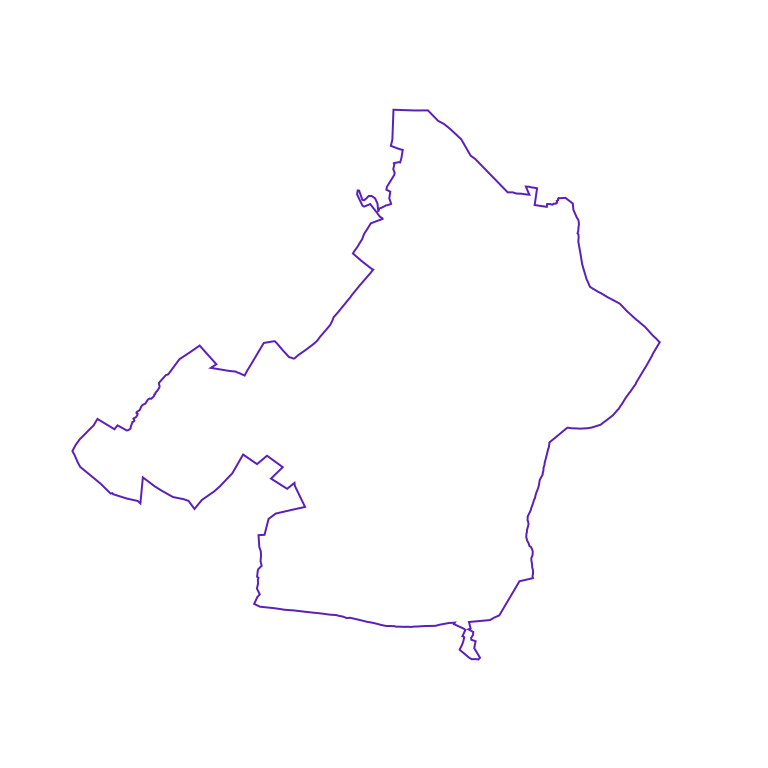 Chapultenango, Chiapas, Mexico, rotated 302°
{"feature_id": "50627088B46214146316575", "entity_name": "Chapultenango", "entity_type": "district", "adm_level": 2, "iso_a3": "MEX", "parent_name": "Mexico", "parent_adm1": "Chiapas", "projection": "albers", "projection_center": [-93.139, 17.336], "detail": "fine", "context": "isolated", "style": "outline", "palette": "violet", "viewbox_px": 768, "rotation_deg": 302, "n_neighbors": 0, "source": "geoboundaries", "source_scale": "gbopen_adm2", "svg_char_len": 6166}
<svg xmlns="http://www.w3.org/2000/svg" viewBox="0 0 768 768"><g transform="rotate(302 384 384)"><path d="M432.9,558.9L443.3,562.3L444.3,562.9L445.9,566.6L446.9,568.3L449.3,572.5L449.7,573.5L452.5,577.4L453.9,579.5L457.2,583.3L464.4,589.4L467.2,590.3L471.1,591.9L478.7,594.7L485.7,595.8L487.2,596.2L491.2,596.2L492.3,596.4L499.4,596.3L506.3,596.7L507.3,596.9L515.2,597.3L517.0,597.5L519.4,597.1L539.4,596.8L550.2,596.3L551.8,596.0L565.6,595.7L565.8,594.3L566.6,591.4L567.6,586.1L570.8,574.9L571.4,570.3L572.0,567.0L572.2,564.1L574.4,552.0L577.1,541.2L576.1,527.6L576.0,519.6L575.7,517.6L575.5,510.1L575.6,507.1L579.3,501.7L579.9,500.6L589.4,489.9L590.7,488.5L597.2,482.8L608.0,473.1L611.5,471.4L613.9,469.6L614.3,468.3L616.8,467.6L619.6,466.1L623.1,464.5L625.8,462.2L626.4,461.4L627.2,459.5L632.1,452.3L637.1,448.5L638.0,439.2L634.5,434.4L634.4,433.6L633.6,433.4L632.0,434.2L630.8,433.5L630.1,434.4L629.0,434.6L628.6,434.6L628.5,434.1L627.6,433.6L626.7,432.2L625.6,432.1L625.4,431.9L624.8,430.5L624.7,429.7L623.1,427.0L620.5,428.2L615.6,416.9L620.0,415.0L631.1,410.1L629.7,406.6L629.0,405.2L628.3,402.8L626.6,399.7L621.5,407.0L620.6,405.2L618.1,399.5L615.8,395.6L614.7,391.5L612.1,387.3L623.2,342.0L623.5,336.6L632.5,319.7L635.5,304.0L636.3,296.8L635.8,290.6L639.3,276.3L631.9,264.5L621.6,246.7L595.7,261.6L589.6,263.6L590.8,269.9L592.0,274.8L592.4,275.9L585.2,278.9L580.5,280.3L580.2,279.3L578.8,277.8L576.7,275.4L576.4,275.3L575.3,276.6L571.1,278.0L568.9,281.0L566.9,281.9L552.6,282.0L550.0,283.1L550.2,284.4L550.4,287.4L548.7,288.2L544.2,290.1L541.6,293.4L540.4,294.6L537.0,291.7L536.7,291.2L536.1,290.8L535.7,290.6L532.6,288.8L530.4,287.1L530.1,287.0L527.1,287.9L533.6,282.8L536.7,278.1L536.9,273.9L535.3,271.4L533.4,270.9L532.5,270.8L529.3,269.8L528.7,268.1L534.8,260.4L534.2,259.1L530.5,260.7L523.8,271.3L523.9,273.1L528.1,276.2L529.3,276.9L525.6,287.1L525.3,288.1L524.8,288.8L523.7,292.1L523.6,295.5L523.9,295.9L518.7,291.8L513.3,287.7L507.1,287.7L500.7,287.6L495.4,288.7L491.3,288.7L485.8,288.8L480.8,288.4L478.2,288.5L476.5,299.2L475.1,312.5L475.3,314.2L470.6,313.7L469.0,313.4L454.1,311.1L442.5,309.6L439.5,309.5L434.5,308.7L432.9,308.6L419.7,306.9L414.0,305.9L409.9,306.7L405.3,307.1L390.4,304.8L386.1,304.5L382.9,303.8L378.5,302.3L377.2,301.7L372.3,299.9L370.8,299.3L363.1,296.0L358.2,294.5L357.6,293.8L357.3,292.0L356.5,289.3L358.9,280.5L361.7,271.8L362.4,268.8L362.0,268.1L355.1,260.3L327.3,260.9L323.2,260.9L317.3,261.3L316.8,257.5L316.5,255.2L316.0,253.1L316.0,251.8L313.1,245.9L309.5,237.2L305.9,228.6L311.9,231.4L318.9,207.3L308.2,202.7L296.7,197.4L277.8,195.9L276.0,194.3L265.5,192.5L263.2,194.8L262.4,195.2L261.4,195.4L259.4,195.4L258.8,195.3L258.3,195.3L257.9,195.4L256.5,194.9L255.9,194.8L255.5,194.8L255.0,195.1L254.6,195.3L254.2,195.3L253.9,195.3L253.5,194.8L253.2,194.8L252.2,195.3L251.5,195.3L250.2,195.0L249.6,194.8L248.2,194.5L248.0,194.3L247.8,193.6L247.6,193.2L246.9,192.6L245.5,192.0L243.3,192.0L242.7,192.0L242.1,191.9L241.7,192.0L241.1,192.1L240.5,191.8L239.9,191.4L239.1,190.7L238.3,190.5L237.3,190.1L236.4,190.1L234.8,190.3L233.6,190.6L232.6,190.6L231.5,190.3L230.0,189.5L229.7,189.3L228.9,189.2L228.3,189.3L228.1,189.7L228.1,190.2L228.2,190.5L228.2,190.9L228.0,191.0L226.4,191.3L225.8,191.3L224.3,191.2L223.6,190.8L222.8,190.2L221.9,189.9L221.7,189.9L221.6,190.1L221.3,190.9L220.8,191.7L220.5,191.8L219.3,191.5L218.7,191.1L218.5,190.8L216.7,191.2L215.1,191.6L213.8,191.8L213.0,192.1L212.6,192.5L211.6,192.6L211.0,192.4L209.1,191.4L208.3,190.5L207.7,179.9L202.8,179.4L202.5,159.5L195.2,159.7L187.9,158.0L181.0,156.5L176.2,155.3L168.4,154.8L162.0,155.3L159.8,159.2L155.2,165.9L152.7,170.3L150.4,188.1L149.2,196.9L146.2,210.2L147.5,211.5L147.0,212.7L150.6,226.7L154.3,237.1L153.6,240.7L177.0,229.0L175.7,243.9L175.7,251.4L176.3,264.9L180.1,275.0L181.3,280.2L177.6,289.5L189.2,291.0L202.9,296.9L210.4,299.1L221.4,301.3L227.7,302.7L249.5,301.9L248.8,318.8L261.2,322.8L259.8,342.2L243.9,338.3L243.8,357.4L252.7,360.5L250.4,362.3L237.9,382.2L228.1,372.2L216.7,360.8L208.4,357.6L192.8,362.6L189.3,357.7L179.6,364.7L177.0,368.0L173.9,370.3L168.2,373.3L165.0,376.6L160.3,375.5L158.8,375.9L153.3,378.5L153.1,380.3L151.0,380.8L148.3,382.9L143.2,384.6L139.8,390.1L136.2,389.5L128.7,390.4L129.4,396.8L135.6,409.5L138.4,415.8L139.6,418.8L144.2,427.5L148.0,435.6L152.6,445.2L156.0,452.1L159.6,460.1L162.8,466.1L163.6,469.1L164.8,471.8L164.9,472.3L165.3,474.0L165.7,476.4L167.8,479.1L168.9,482.3L169.7,484.7L170.4,486.6L170.9,488.3L171.4,489.6L173.4,495.8L174.5,498.4L175.8,501.8L176.8,504.8L178.3,509.7L180.1,514.4L182.6,518.4L183.0,519.3L183.4,519.8L183.7,520.2L184.7,522.9L185.6,524.4L189.4,530.9L189.6,531.0L191.1,533.5L192.3,535.7L193.7,537.4L195.1,539.4L195.4,539.9L197.3,542.6L200.6,547.2L206.1,555.7L209.4,558.8L213.8,563.6L215.9,565.9L218.3,569.4L219.0,570.4L219.1,570.5L217.4,570.6L218.7,580.5L218.7,583.3L211.6,584.2L211.9,585.2L211.7,586.3L206.8,587.9L202.5,588.6L199.1,588.8L198.7,589.0L197.0,601.3L197.1,604.2L199.4,607.7L200.4,610.0L202.7,610.5L207.8,600.5L214.4,598.0L213.4,593.5L215.0,592.4L218.4,592.5L221.0,591.1L220.7,585.7L222.4,586.9L222.6,587.0L227.2,582.2L240.0,599.0L244.2,601.2L248.9,604.4L288.5,603.4L298.3,613.2L299.2,612.2L300.8,611.3L302.1,610.9L304.3,609.6L305.4,608.6L307.1,606.8L307.9,606.2L309.0,605.6L309.7,604.9L311.2,603.7L312.5,602.4L314.3,601.3L316.0,600.9L317.1,600.8L318.3,600.3L319.0,599.9L320.8,598.9L322.0,597.6L323.6,595.1L323.7,593.2L325.5,591.1L326.7,589.0L327.9,587.4L329.9,585.5L333.1,583.9L334.0,583.7L334.7,583.4L335.8,582.6L336.2,582.6L336.9,582.3L337.5,582.2L339.8,581.5L341.8,580.8L343.7,579.1L344.1,578.6L344.3,578.1L344.8,577.8L346.4,576.9L347.6,576.1L352.4,575.6L355.1,575.2L357.2,574.5L359.1,574.2L359.8,574.0L361.0,573.8L362.1,573.5L365.3,572.6L367.2,572.5L368.3,572.0L369.3,571.8L370.1,571.4L372.9,570.7L376.4,570.1L377.6,569.8L379.4,569.3L385.3,566.9L391.4,566.5L393.0,565.6L394.5,565.3L395.8,564.6L398.0,563.5L399.6,563.2L400.6,562.9L401.4,562.4L401.9,562.3L402.8,561.9L403.7,561.5L404.4,561.4L406.9,560.6L410.4,559.5L411.7,559.0L413.2,558.6L415.6,557.7L416.6,557.6L418.3,557.1L419.6,556.5L421.0,555.9L422.0,555.2L432.9,558.9Z" fill="none" stroke="#5b21b6" stroke-width="2"/></g></svg>